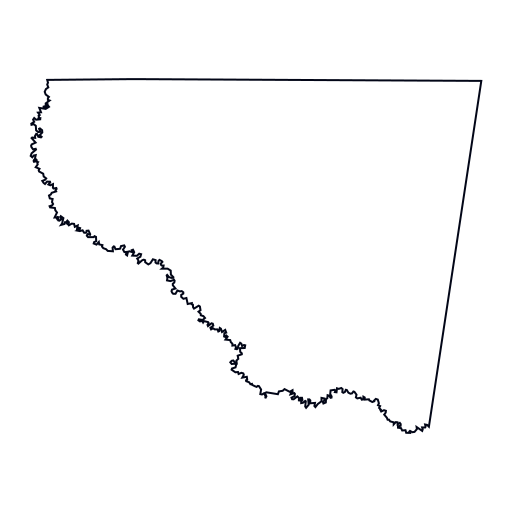 outline of Belgrano, Santiago del Estero, Argentina
{"feature_id": "61730980B47284560228773", "entity_name": "Belgrano", "entity_type": "district", "adm_level": 2, "iso_a3": "ARG", "parent_name": "Argentina", "parent_adm1": "Santiago del Estero", "projection": "albers", "projection_center": [-62.359, -29.145], "detail": "fine", "context": "isolated", "style": "outline", "palette": "ink", "viewbox_px": 512, "rotation_deg": 0, "n_neighbors": 0, "source": "geoboundaries", "source_scale": "gbopen_adm2", "svg_char_len": 5947}
<svg xmlns="http://www.w3.org/2000/svg" viewBox="0 0 512 512"><path d="M47.2,79.9L48.0,82.7L47.2,84.5L48.3,87.4L45.9,89.1L44.7,91.8L45.7,94.5L48.9,96.9L47.9,98.1L47.9,99.9L49.6,100.5L45.7,103.4L45.7,104.0L47.6,104.2L47.7,105.3L43.6,106.6L43.6,107.4L46.7,107.1L48.2,105.8L49.0,106.8L45.7,108.9L39.3,107.9L41.0,112.3L38.0,112.6L39.7,115.0L38.6,115.8L39.0,117.1L38.3,118.5L40.3,118.2L40.2,119.3L36.1,119.7L34.2,118.0L33.1,119.6L34.2,121.8L31.3,123.7L31.5,124.8L33.7,124.2L35.8,125.8L36.1,130.3L38.1,132.1L40.2,131.8L39.1,128.8L39.9,128.4L42.1,130.2L42.3,132.5L39.7,135.1L41.6,136.8L41.0,137.4L38.3,136.8L37.1,134.1L36.2,133.9L35.0,136.0L35.2,137.9L32.2,137.5L31.6,138.1L35.6,142.6L31.7,144.4L31.1,145.7L31.4,147.0L33.0,149.3L35.7,148.8L36.0,149.6L31.6,153.3L30.7,155.9L32.3,157.3L33.7,155.5L35.7,155.1L35.0,158.3L36.2,159.6L34.1,159.8L33.6,160.9L34.0,161.8L36.1,161.3L38.0,162.1L37.3,162.9L37.7,164.4L35.7,167.2L39.5,168.8L38.7,170.2L39.1,171.5L43.2,173.7L43.7,176.5L46.2,178.4L45.2,179.7L42.3,180.9L43.6,182.9L45.0,184.0L47.0,181.6L50.0,181.7L50.2,182.4L48.4,184.5L50.3,185.3L53.0,184.1L52.9,187.7L53.5,188.5L56.3,188.0L56.6,188.9L55.5,190.3L56.1,191.4L51.7,192.8L50.8,194.5L49.0,195.5L49.8,198.4L52.6,199.0L52.0,202.1L53.1,204.0L52.2,205.3L49.6,206.2L50.1,207.4L54.9,208.0L55.3,210.3L57.0,212.5L54.6,217.5L56.1,217.4L56.9,218.6L57.6,217.0L58.4,217.2L58.3,220.4L59.3,220.7L61.3,219.3L60.5,216.8L60.8,216.2L63.4,218.1L62.1,223.5L61.1,224.9L64.5,224.0L65.0,222.2L66.1,222.3L67.1,223.6L67.5,222.8L66.6,221.6L67.4,220.6L68.9,222.2L68.4,224.4L68.9,225.3L71.8,223.6L74.1,223.9L74.8,226.8L77.7,225.5L77.1,228.7L78.6,227.7L80.1,228.1L79.7,229.4L77.3,230.6L79.9,231.1L82.6,230.3L84.1,232.7L85.3,232.8L86.3,232.6L86.6,230.8L88.5,230.6L90.2,234.2L90.0,234.8L87.9,234.1L87.1,234.9L86.8,235.7L88.0,237.1L93.8,237.1L94.5,236.2L96.0,236.9L96.2,241.2L94.1,242.1L93.7,243.5L96.5,244.6L98.8,242.0L99.2,244.4L102.4,245.1L102.0,246.6L103.3,248.2L106.1,249.2L107.7,250.9L112.9,251.3L112.6,247.6L113.7,246.4L114.4,246.6L115.5,249.2L119.3,248.9L120.2,248.6L121.0,246.1L124.2,245.4L124.9,246.8L123.0,249.6L124.4,252.1L126.6,251.9L125.9,254.5L127.1,255.4L128.0,251.7L129.6,251.3L132.2,252.1L132.7,251.5L131.9,250.1L133.0,249.7L134.2,252.2L132.3,255.6L136.9,255.8L139.2,253.7L141.1,254.2L140.4,256.7L137.2,258.6L138.5,260.7L137.8,263.1L138.4,263.6L142.3,260.2L143.8,259.7L145.1,260.2L145.2,262.2L148.3,264.4L150.4,263.2L152.9,259.3L155.6,260.1L155.5,262.5L156.6,263.4L158.2,263.5L158.5,261.0L159.5,259.9L161.8,261.1L162.4,261.9L160.7,263.7L160.9,264.7L161.7,265.5L163.6,265.5L163.2,267.6L161.9,268.7L167.7,268.7L170.7,270.6L170.9,274.6L173.4,277.2L173.3,277.8L171.4,277.9L169.0,277.1L167.2,274.9L166.7,275.4L167.4,277.9L167.0,280.4L170.5,281.1L174.0,279.8L174.6,280.7L174.3,282.5L172.8,283.8L172.8,285.2L175.4,288.5L172.0,289.6L171.5,291.2L172.1,292.6L173.2,293.8L175.5,293.8L177.4,290.5L179.9,291.4L181.7,291.1L183.3,292.3L183.3,293.6L181.2,294.9L181.2,296.8L183.4,298.8L186.4,298.0L187.7,304.0L191.8,303.1L191.7,304.3L192.9,304.7L193.1,307.3L194.0,308.6L198.7,305.7L199.9,306.5L200.5,310.2L198.5,311.7L200.7,313.8L200.8,315.3L203.4,316.1L205.0,318.0L202.6,320.0L198.9,319.3L198.4,320.3L199.9,321.4L202.3,321.0L203.1,322.5L204.0,321.1L208.1,322.1L208.6,322.9L207.5,324.9L208.0,326.1L211.5,323.3L212.8,323.7L213.3,325.6L210.4,327.8L211.1,329.4L213.1,328.3L214.7,329.4L217.5,329.4L218.3,331.5L219.2,331.1L219.8,328.0L220.9,328.7L222.0,332.0L225.2,329.9L226.2,332.6L224.4,333.2L224.1,336.5L225.6,337.1L225.3,336.5L226.3,335.5L227.6,336.7L225.5,339.6L230.2,340.1L230.8,342.1L232.4,343.7L232.4,345.6L235.1,345.1L236.0,347.2L235.4,348.9L236.9,349.2L237.8,348.5L238.2,346.0L240.1,342.8L241.3,343.6L242.1,346.0L244.0,345.0L245.2,345.3L244.7,348.0L240.0,348.2L240.2,351.8L241.8,353.3L241.8,354.3L237.7,355.7L238.3,358.8L236.4,360.6L236.7,363.1L234.8,362.3L233.3,360.5L231.7,360.8L230.3,362.3L231.7,364.0L234.6,363.7L236.2,364.7L235.5,367.4L232.0,368.5L231.6,369.7L235.4,372.3L238.0,372.0L238.6,374.0L241.4,372.8L243.3,373.4L243.8,374.8L242.3,377.6L246.8,376.8L247.2,379.6L246.0,380.3L246.2,381.2L249.2,382.3L250.4,384.2L251.9,383.9L251.9,384.7L254.6,386.1L256.6,386.9L257.8,385.9L258.9,386.1L261.1,389.5L260.3,394.1L262.0,394.5L263.9,393.3L265.5,396.0L265.3,398.3L266.4,396.3L265.0,393.1L266.3,392.3L277.9,394.2L278.9,391.4L282.7,390.8L284.5,389.1L289.7,391.8L292.5,390.2L292.6,392.6L290.9,393.3L290.5,394.3L294.3,393.1L294.9,393.9L294.5,396.1L291.5,397.7L292.1,399.2L293.6,399.3L297.4,396.4L298.9,397.9L298.9,400.4L299.8,400.5L300.7,400.0L300.8,397.8L302.0,397.8L302.4,400.0L301.2,401.4L301.2,403.1L302.9,402.8L305.2,400.9L305.8,401.3L305.2,406.5L306.1,407.8L308.7,404.7L308.2,399.4L309.4,399.4L310.3,400.4L310.2,403.3L315.0,402.9L314.4,406.0L315.4,407.1L317.8,404.0L321.5,401.3L321.5,397.9L324.5,398.5L324.3,400.6L322.8,401.8L323.4,403.5L325.8,402.5L326.0,399.3L327.3,398.2L327.6,395.2L328.9,395.6L330.6,397.8L331.5,397.6L331.6,396.4L330.2,394.0L330.6,390.4L334.7,389.8L335.5,390.6L334.9,392.1L336.5,392.3L337.0,388.3L338.7,388.9L341.3,388.0L342.6,389.1L342.3,392.1L343.3,392.8L344.9,392.0L345.8,389.8L346.8,390.0L348.4,392.7L350.4,393.7L352.0,393.4L353.4,391.5L354.4,391.8L356.5,394.7L355.9,397.4L357.3,398.4L360.6,397.7L361.8,399.7L363.2,399.4L363.4,396.7L364.7,397.5L364.7,399.6L368.9,399.3L369.3,400.4L372.3,402.0L374.2,401.3L374.0,400.7L375.8,398.9L377.8,399.6L378.9,403.3L378.0,405.2L380.1,406.1L379.1,407.9L380.7,409.5L380.3,409.8L381.2,411.5L384.0,410.2L385.9,410.8L385.7,412.6L384.2,414.6L386.9,417.8L387.6,419.7L388.9,419.6L390.2,421.4L393.7,422.3L393.7,424.4L395.8,422.1L397.5,422.3L397.6,424.4L399.8,422.9L400.7,424.1L400.6,425.8L398.0,426.3L398.0,427.7L401.0,428.1L402.2,430.5L405.5,430.2L406.2,432.8L409.9,432.9L409.3,431.6L410.0,430.9L412.3,432.2L414.5,431.9L416.9,429.1L416.6,427.0L422.2,430.9L422.7,429.4L422.1,427.4L425.1,427.5L425.6,426.7L425.1,424.5L427.1,424.9L428.9,426.7L481.3,80.9L133.4,79.1L47.2,79.9Z" fill="none" stroke="#020617" stroke-width="2"/></svg>